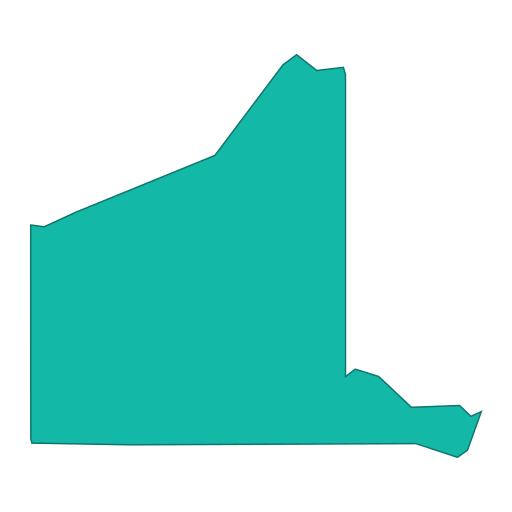 outline of Gregg, Texas, United States of America
{"feature_id": "52423323B83112121815500", "entity_name": "Gregg", "entity_type": "district", "adm_level": 2, "iso_a3": "USA", "parent_name": "United States of America", "parent_adm1": "Texas", "projection": "albers", "projection_center": [-94.76, 32.514], "detail": "fine", "context": "isolated", "style": "filled", "palette": "teal", "viewbox_px": 512, "rotation_deg": 0, "n_neighbors": 0, "source": "geoboundaries", "source_scale": "gbopen_adm2", "svg_char_len": 408}
<svg xmlns="http://www.w3.org/2000/svg" viewBox="0 0 512 512"><path d="M345.5,74.7L343.4,67.4L316.7,70.5L296.6,54.7L283.0,64.8L214.9,155.4L75.8,212.2L44.1,226.8L31.1,225.0L30.7,225.1L30.8,438.6L31.9,443.1L130.8,444.8L415.9,443.6L457.5,457.3L467.5,450.1L481.3,411.6L470.9,416.3L459.6,405.5L411.4,407.3L378.7,376.5L355.3,369.2L345.5,376.6L345.5,74.7Z" fill="#14b8a6" stroke="#0f766e" stroke-width="1.5"/></svg>